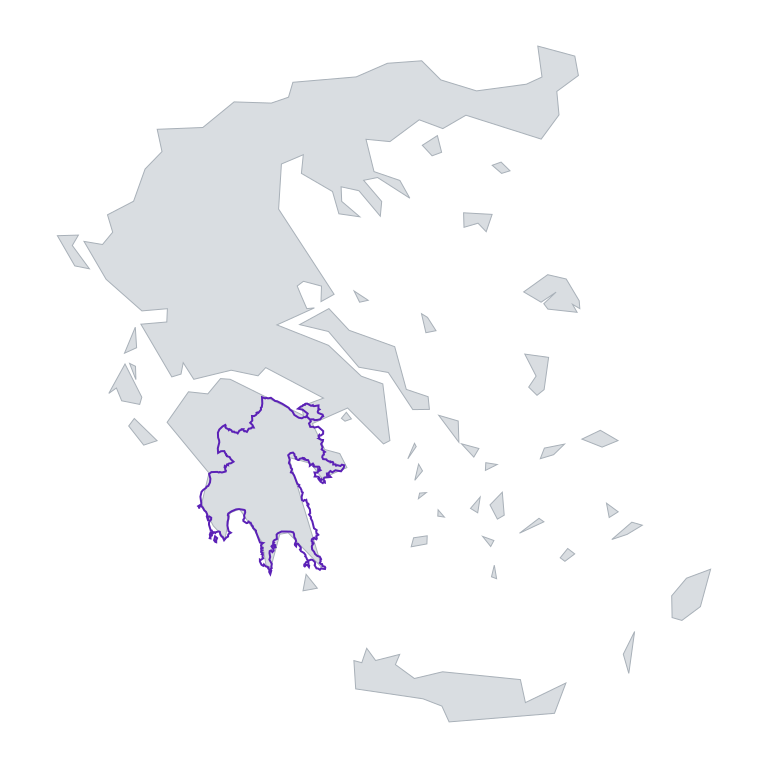 location of Peloponnisoy, Peloponnisos, Greece
{"feature_id": "26713481B43531359458460", "entity_name": "Peloponnisoy", "entity_type": "district", "adm_level": 2, "iso_a3": "GRC", "parent_name": "Greece", "parent_adm1": "Peloponnisos", "projection": "equal_earth", "projection_center": [22.613, 37.264], "detail": "fine", "context": "in_parent", "style": "outline", "palette": "violet", "viewbox_px": 768, "rotation_deg": 0, "n_neighbors": 0, "source": "geoboundaries", "source_scale": "gbopen_adm2", "svg_char_len": 9810}
<svg xmlns="http://www.w3.org/2000/svg" viewBox="0 0 768 768"><path d="M537.8,46.1L574.8,56.1L578.4,75.5L556.8,91.4L559.0,114.9L541.2,139.1L465.9,115.2L442.8,128.6L419.2,119.8L389.9,141.6L366.0,139.3L374.0,171.6L399.9,180.5L409.8,198.2L377.5,177.5L363.6,180.3L381.7,201.5L380.3,216.2L358.9,190.7L341.1,186.8L341.7,201.4L359.8,216.8L338.9,213.8L332.5,191.5L301.4,173.4L303.3,154.7L281.4,164.0L278.6,209.1L334.1,294.3L321.0,301.6L321.5,286.1L303.4,281.3L297.2,286.0L300.8,294.8L306.8,308.6L314.4,307.9L276.9,324.9L328.6,345.4L361.3,376.2L382.8,383.9L389.9,440.6L383.5,443.9L347.6,408.0L312.4,423.6L324.7,449.5L339.8,453.6L346.9,467.6L322.0,478.3L310.8,463.4L288.7,457.4L322.1,567.8L288.2,532.8L279.8,534.2L270.7,567.9L266.0,565.0L262.1,542.1L239.5,509.0L230.0,513.0L225.1,538.5L213.3,525.8L201.6,503.8L209.0,473.0L167.1,422.3L188.5,391.8L207.8,393.9L220.5,378.6L230.2,379.3L303.5,415.6L301.5,406.3L323.5,398.1L265.7,367.6L258.0,375.8L231.1,370.2L193.8,379.3L183.2,362.7L181.0,374.1L171.8,376.9L140.9,324.2L166.8,322.0L167.4,308.7L141.9,310.9L106.1,279.3L84.0,241.4L102.5,244.5L112.7,232.2L107.5,214.8L133.6,201.2L145.1,169.0L162.0,151.6L157.2,129.3L202.8,127.5L234.1,101.9L271.3,103.1L288.5,97.2L292.9,82.3L356.2,76.9L387.4,63.3L421.7,60.8L440.8,79.9L476.5,90.9L526.4,84.2L542.0,77.0L537.8,46.1ZM375.6,660.5L399.7,654.4L395.4,664.6L414.4,678.5L442.6,671.8L520.4,679.6L525.4,702.6L565.9,683.0L554.5,713.3L449.1,721.9L441.9,706.1L423.0,698.8L355.7,688.9L353.9,660.6L361.8,662.7L366.7,648.3L375.6,660.5ZM328.9,308.6L349.1,330.3L394.7,346.7L406.3,389.4L428.1,396.7L429.4,409.4L412.8,409.6L388.3,372.5L358.8,367.2L328.5,331.5L299.6,324.6L328.9,308.6ZM566.2,279.0L579.2,300.8L579.8,308.6L572.5,304.3L577.1,312.3L547.9,309.1L543.8,303.7L556.1,292.1L541.1,302.2L523.7,291.9L547.7,274.7L566.2,279.0ZM681.9,620.4L672.1,617.6L671.7,595.8L686.5,578.2L710.6,569.2L700.4,606.6L681.9,620.4ZM544.1,389.6L537.0,395.3L528.7,387.1L536.1,376.1L524.8,354.1L548.6,357.4L544.1,389.6ZM125.0,364.0L141.8,397.2L139.7,404.4L121.7,400.8L116.4,388.0L108.8,393.4L125.0,364.0ZM89.4,268.8L74.8,265.9L57.4,235.7L78.4,235.1L72.3,245.5L89.4,268.8ZM492.1,214.4L486.2,231.7L478.0,223.2L464.0,227.3L463.6,212.8L492.1,214.4ZM600.3,430.3L618.0,440.6L602.1,447.1L581.9,439.1L600.3,430.3ZM441.6,152.3L432.1,155.8L422.3,145.3L437.4,135.6L441.6,152.3ZM134.3,418.5L157.1,440.7L143.7,445.1L128.7,426.0L134.3,418.5ZM504.2,515.2L497.4,519.1L490.0,504.9L502.3,492.2L504.2,515.2ZM458.2,421.0L458.9,442.3L438.7,415.3L458.2,421.0ZM634.6,631.5L628.8,673.4L623.3,654.2L634.6,631.5ZM136.6,347.7L124.5,353.2L135.3,327.2L136.6,347.7ZM317.3,588.2L303.0,590.8L306.1,574.3L317.3,588.2ZM611.8,539.5L631.8,522.2L642.3,525.2L627.1,534.4L611.8,539.5ZM540.3,458.7L544.4,448.1L564.5,444.1L553.6,454.7L540.3,458.7ZM480.2,497.0L477.7,512.8L470.5,508.4L480.2,497.0ZM478.9,448.5L473.8,457.1L461.5,443.8L478.9,448.5ZM436.0,330.7L425.9,332.7L421.5,313.7L427.5,317.4L436.0,330.7ZM510.0,170.8L501.6,173.4L492.2,165.3L501.1,162.1L510.0,170.8ZM427.2,535.8L426.9,543.9L411.2,546.8L413.6,537.8L427.2,535.8ZM543.9,521.8L519.5,533.2L539.0,518.3L543.9,521.8ZM416.2,446.6L407.8,458.8L414.5,443.3L416.2,446.6ZM497.2,464.5L485.4,470.4L485.8,462.7L497.2,464.5ZM574.7,553.9L564.9,561.3L560.2,557.8L567.7,548.5L574.7,553.9ZM618.2,511.8L609.2,517.5L606.5,503.2L618.2,511.8ZM422.5,470.9L414.8,480.3L418.6,464.1L422.5,470.9ZM135.5,366.3L135.9,379.6L129.6,363.4L135.5,366.3ZM493.9,540.5L490.7,546.5L482.6,536.4L493.9,540.5ZM368.2,300.3L359.6,302.2L354.1,291.0L368.2,300.3ZM351.4,418.9L345.0,421.2L341.4,418.3L346.3,412.3L351.4,418.9ZM426.3,492.6L418.4,498.7L419.6,493.1L426.3,492.6ZM494.3,565.2L496.6,578.7L491.5,576.8L494.3,565.2ZM444.4,517.1L437.8,516.1L438.1,509.8L444.4,517.1Z" fill="#d9dde1" stroke="#a8b0b8" stroke-width="1"/><path d="M209.1,473.9L210.4,478.7L210.0,482.4L208.3,485.9L206.7,486.6L206.2,487.7L202.9,490.2L201.5,491.9L200.4,496.7L201.3,503.1L201.1,505.8L202.8,507.7L204.3,510.4L206.1,511.9L207.3,514.7L206.9,516.1L207.2,517.0L209.2,516.4L211.2,517.7L211.1,519.6L209.8,521.0L209.0,522.7L209.0,524.7L210.7,530.4L211.7,530.5L212.5,532.2L214.3,532.2L215.3,533.0L215.8,532.2L218.7,531.4L219.8,531.8L220.3,534.5L221.6,536.5L222.8,537.2L224.1,540.2L226.1,537.7L228.1,536.5L228.1,535.0L228.7,533.9L230.8,532.7L228.6,531.3L227.4,525.6L227.6,521.7L228.3,519.0L228.4,516.3L227.8,515.2L228.2,513.6L231.6,511.3L236.1,509.4L239.0,509.1L244.2,509.9L245.0,510.4L245.2,512.5L244.1,515.4L244.5,518.3L243.3,519.6L243.4,521.0L246.5,523.1L247.3,523.0L248.7,521.6L249.5,522.6L250.6,522.7L252.1,525.9L252.8,526.2L253.2,528.0L256.0,530.7L256.0,531.9L260.0,542.5L263.1,543.0L261.3,544.4L261.0,545.6L261.5,547.3L262.6,547.8L262.5,548.5L261.1,548.5L261.3,550.2L262.1,550.7L261.1,551.4L261.2,552.2L262.8,553.1L261.8,554.3L262.9,554.9L262.5,557.0L263.2,558.3L260.5,560.1L259.9,559.7L259.9,561.5L261.5,564.8L263.2,565.8L263.9,564.4L265.5,566.2L268.4,567.4L268.2,568.5L269.4,569.5L269.2,572.0L270.3,574.1L271.3,570.6L270.3,569.2L271.7,568.2L271.4,566.6L271.8,563.9L269.4,559.6L270.2,557.0L269.5,553.1L269.7,551.1L271.1,550.4L272.3,552.1L273.7,550.7L273.5,549.5L271.5,546.3L272.4,545.4L274.0,546.0L274.6,547.6L275.5,547.3L275.0,546.3L275.2,545.1L273.3,544.3L273.1,543.2L273.9,542.6L273.3,542.1L273.3,541.4L274.4,540.1L276.9,539.0L276.6,534.6L277.8,533.3L281.6,531.5L290.4,531.6L293.2,532.3L294.0,534.0L294.3,537.2L295.5,539.0L296.1,541.1L294.8,544.2L295.0,545.1L296.1,546.3L296.7,543.6L298.1,543.9L300.8,547.5L300.8,549.1L300.0,549.5L300.3,550.1L301.0,551.2L303.9,552.9L305.1,554.4L305.6,555.3L305.2,556.3L306.1,557.1L307.2,559.8L308.7,560.6L311.1,559.6L312.7,560.0L314.9,562.1L315.1,564.1L314.6,565.1L316.5,568.4L318.0,568.5L319.9,569.8L320.9,568.5L325.0,569.0L325.3,567.6L324.8,566.7L322.6,566.0L322.1,564.1L320.9,564.0L319.7,562.9L320.7,561.3L320.5,559.9L321.1,559.2L319.7,556.6L317.4,556.0L315.0,553.9L314.1,551.8L312.2,549.6L311.8,546.6L312.1,545.3L312.8,544.6L312.8,543.7L314.4,543.2L312.9,543.5L312.3,543.0L312.7,542.0L311.6,541.0L311.9,539.3L312.5,538.8L313.3,539.2L313.6,537.9L314.2,537.7L315.0,538.7L316.4,539.3L316.8,538.5L316.2,536.2L318.3,534.8L317.4,533.8L315.6,533.4L316.6,533.6L316.2,531.4L316.7,530.2L314.0,528.3L312.3,521.3L310.8,518.4L311.0,517.2L309.0,514.5L310.2,513.2L309.9,509.4L307.3,505.2L308.6,504.6L308.4,503.8L306.9,502.8L306.3,499.9L305.4,500.4L304.5,500.0L303.5,501.0L301.9,499.9L301.6,497.0L302.8,492.5L301.7,491.8L301.5,490.1L300.3,487.7L298.6,486.2L299.3,485.0L297.4,483.9L294.2,475.6L292.5,472.9L290.9,472.4L292.1,469.2L290.8,467.8L290.4,465.3L288.9,463.0L289.8,459.8L288.2,455.2L290.4,453.1L293.0,452.6L294.5,454.2L294.4,455.3L295.3,456.9L296.1,457.1L296.2,457.9L295.7,458.4L296.0,458.8L298.1,460.0L298.8,460.0L299.7,458.8L301.9,458.3L304.2,459.2L303.5,458.2L301.9,457.8L304.2,458.1L305.0,458.9L304.8,459.6L308.2,460.2L310.0,464.6L309.9,465.7L312.9,463.6L313.8,465.0L313.3,466.0L314.0,466.6L319.0,466.7L319.7,467.8L319.7,469.6L320.5,470.2L319.6,470.7L318.2,469.4L318.1,471.7L317.2,472.7L314.5,472.5L315.3,475.1L314.7,476.5L318.1,476.7L319.2,477.5L319.0,478.5L318.4,478.8L319.4,480.2L321.1,479.0L321.6,479.9L320.1,480.6L320.5,481.6L322.8,483.1L323.6,482.2L324.9,482.6L324.8,481.1L323.3,479.4L324.4,477.6L330.7,477.0L329.9,476.1L328.6,476.3L328.3,475.8L328.8,475.2L328.2,474.9L327.1,475.2L326.9,473.5L329.6,473.2L328.5,473.0L330.4,471.0L332.3,472.3L335.4,470.3L341.0,471.3L343.8,467.6L344.3,465.3L341.8,464.7L340.5,466.0L337.4,465.2L336.1,465.7L335.6,464.4L333.2,464.5L333.3,462.7L332.7,461.9L330.5,462.3L330.4,461.4L328.8,461.4L326.8,460.2L326.4,459.4L323.1,459.1L322.2,457.1L322.7,455.4L323.9,454.6L323.7,452.6L324.9,451.9L321.6,449.4L322.6,447.3L321.1,444.0L322.8,441.3L323.0,440.0L321.8,440.0L318.7,438.5L319.4,438.2L318.5,436.0L319.3,434.9L319.6,435.5L320.7,435.6L323.1,433.8L323.2,431.1L318.2,426.7L314.4,427.6L313.0,426.8L310.3,426.9L309.0,423.4L310.8,421.5L310.3,419.9L306.4,416.2L305.7,417.2L303.9,417.1L301.8,418.3L298.7,417.7L294.3,414.9L292.5,411.5L289.9,409.5L288.7,407.8L282.3,403.8L277.0,401.2L275.2,401.0L270.9,397.8L268.0,398.4L266.2,397.8L265.2,398.4L262.0,397.2L262.3,403.5L261.8,407.0L260.9,407.7L261.0,409.7L258.3,412.9L257.4,412.4L256.5,412.8L256.7,414.1L255.8,415.1L254.0,416.1L252.0,416.0L252.3,420.6L250.2,422.8L252.4,424.9L253.7,427.5L251.6,427.5L251.0,428.4L248.7,428.7L246.9,431.9L245.1,431.0L244.3,431.3L243.2,430.0L243.5,429.2L241.5,429.2L241.0,430.0L239.4,430.6L237.7,433.4L236.7,432.6L234.4,432.3L234.0,431.6L232.3,431.8L231.4,430.3L229.6,429.2L228.8,430.1L228.1,429.0L226.2,428.2L225.4,427.2L225.7,425.7L225.3,424.9L222.6,426.4L219.3,429.5L217.9,432.7L218.1,437.5L219.1,440.3L219.3,442.4L217.8,448.3L218.1,452.9L221.0,451.2L224.3,451.1L225.4,453.5L226.0,453.9L226.0,454.9L226.9,455.4L226.9,456.2L229.6,457.0L230.8,459.2L233.5,461.7L230.9,463.3L229.0,463.5L227.7,464.3L227.9,465.0L226.9,464.6L225.9,466.9L224.8,466.1L224.6,467.4L225.0,467.6L225.3,469.9L225.9,470.6L225.7,471.5L221.9,472.5L219.7,472.0L218.9,472.5L217.3,471.9L211.4,472.1L209.1,473.9ZM318.5,405.4L313.9,406.2L312.7,405.8L312.7,405.2L311.1,405.8L307.2,403.6L305.7,403.7L304.9,404.1L304.9,404.8L303.2,405.0L302.5,406.0L300.9,406.5L298.1,408.7L302.7,409.7L307.7,413.6L306.6,416.3L309.9,419.4L313.6,419.3L314.4,420.2L317.4,419.9L320.2,419.3L322.2,416.6L323.2,416.3L322.6,414.6L318.3,413.0L317.7,411.9L318.2,410.1L319.5,409.4L318.4,408.5L318.5,405.4ZM308.5,564.7L308.3,561.4L305.9,562.3L305.4,563.6L304.3,564.4L304.2,565.9L304.8,566.4L306.0,565.1L307.4,564.9L308.9,567.0L309.2,565.7L308.5,564.7ZM216.2,542.2L216.2,540.2L217.1,538.1L215.1,536.4L214.1,540.3L215.3,541.9L216.2,542.2ZM212.4,533.7L210.5,532.7L209.8,534.7L210.2,536.4L209.7,538.2L210.5,538.4L210.4,536.3L211.9,535.5L211.6,534.3L212.4,533.7ZM199.8,506.5L199.7,505.3L198.2,506.2L199.0,507.0L199.0,508.5L199.8,506.5ZM208.3,521.1L208.4,519.7L207.6,517.1L207.0,517.1L208.3,521.1Z" fill="none" stroke="#5b21b6" stroke-width="2"/></svg>